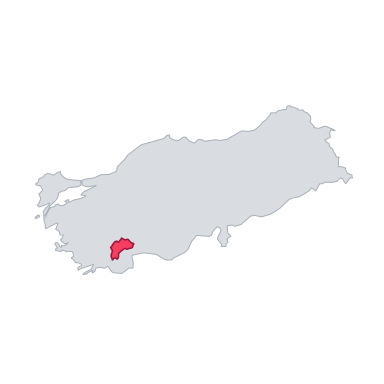 location of Burdur within Turkey, rotated 342°
{"feature_id": "TUR-2273", "entity_name": "Burdur", "entity_type": "Province", "adm_level": 1, "iso_a3": "TUR", "parent_name": "Turkey", "parent_adm1": "", "projection": "robinson", "projection_center": [30.062, 37.38], "detail": "fine", "context": "in_parent", "style": "filled", "palette": "rose", "viewbox_px": 384, "rotation_deg": 342, "n_neighbors": 0, "source": "natural_earth", "source_scale": "10m", "svg_char_len": 4555}
<svg xmlns="http://www.w3.org/2000/svg" viewBox="0 0 384 384"><g transform="rotate(342 192 192)"><path d="M291.3,141.1L296.5,142.7L298.0,141.5L302.7,141.7L306.9,142.6L309.0,139.8L311.9,140.1L312.5,141.6L313.9,142.1L318.4,145.6L318.0,146.1L319.1,147.4L322.8,148.2L323.3,150.0L326.3,152.7L328.1,156.9L327.4,159.7L325.9,161.6L328.5,167.8L327.9,168.6L332.5,170.7L338.1,170.3L340.0,171.2L345.7,176.2L347.2,178.1L343.3,175.7L341.3,177.8L340.4,182.7L334.5,183.5L335.6,186.7L337.3,188.2L336.9,191.2L337.4,192.4L339.1,194.4L339.0,197.1L339.9,199.9L340.1,203.3L342.6,204.4L341.5,206.0L339.1,212.9L339.3,213.4L341.2,213.6L345.6,216.8L344.9,217.9L345.6,222.3L349.4,225.2L348.9,226.7L349.1,228.2L346.4,227.5L341.3,231.4L340.7,231.3L339.9,230.0L339.5,226.0L338.2,225.0L336.5,224.8L333.7,226.5L331.0,226.5L328.3,226.1L321.2,223.7L318.7,224.5L316.0,223.6L310.9,228.4L309.4,228.8L308.5,226.4L306.6,225.1L304.3,226.9L295.4,229.2L291.3,229.6L286.2,228.8L282.1,229.1L270.9,234.5L260.1,237.4L250.3,237.1L244.8,233.8L240.6,233.0L228.3,238.1L222.2,237.9L220.0,235.8L215.3,235.0L214.4,237.0L213.5,241.8L215.2,246.3L212.6,246.6L210.9,247.6L210.6,250.9L208.2,252.2L207.4,254.3L207.0,254.3L203.0,252.6L204.1,251.0L201.5,244.8L202.7,242.9L207.6,237.8L207.4,234.9L205.2,232.8L198.9,236.5L198.3,237.9L196.9,239.1L194.5,239.5L183.0,234.7L176.4,238.9L170.7,245.1L166.5,247.3L153.8,249.1L151.6,250.3L147.2,249.0L144.6,247.3L138.7,240.3L127.5,235.0L115.8,233.7L114.8,235.1L114.4,240.5L112.6,245.6L111.6,246.1L109.0,244.8L100.0,247.8L92.3,244.5L91.0,243.0L89.2,237.1L88.1,236.7L86.9,237.5L85.6,237.5L80.1,234.9L77.1,234.8L75.3,237.3L72.4,238.3L72.3,237.6L73.4,236.0L68.8,236.3L66.4,237.5L63.0,236.8L63.2,236.1L66.0,235.3L72.2,234.4L76.1,230.4L61.3,230.6L59.9,231.5L59.7,229.4L60.6,228.5L64.4,227.7L64.2,226.0L61.9,224.2L59.3,223.2L58.1,219.0L56.8,217.9L57.0,217.3L59.4,216.5L60.0,213.4L59.6,211.5L54.9,209.8L53.8,210.0L52.7,208.3L50.6,207.1L49.0,208.1L44.2,205.5L45.1,203.7L46.3,203.7L46.5,202.2L45.6,199.8L45.7,198.6L46.8,198.2L48.0,198.5L49.1,199.9L49.2,202.7L50.5,204.3L51.4,202.7L53.6,203.6L57.5,202.7L58.3,202.0L55.4,202.1L54.4,201.4L52.1,196.9L54.5,195.6L56.2,193.3L53.0,191.9L53.7,188.8L50.9,185.2L54.7,180.8L54.5,180.1L53.3,179.8L41.6,181.7L41.5,179.7L42.4,178.0L42.4,173.7L42.9,171.3L45.1,170.6L47.8,167.2L52.1,163.2L56.6,163.3L58.4,162.2L61.0,162.1L61.8,163.7L64.1,164.8L68.2,164.6L70.2,163.6L68.3,161.6L70.6,161.0L72.5,161.4L71.5,163.6L72.0,163.8L77.3,163.1L82.9,163.7L89.0,163.4L89.8,162.7L85.5,160.5L88.2,158.6L89.8,158.3L102.7,156.5L102.7,156.1L94.9,155.1L90.8,152.5L89.7,151.2L90.5,147.8L91.4,146.9L94.2,146.8L103.9,148.3L110.8,147.4L118.3,149.6L125.5,149.2L127.0,148.2L128.8,145.0L138.9,139.6L142.4,136.9L158.2,131.4L181.8,132.4L185.9,130.3L188.3,131.0L187.7,132.4L187.8,133.7L190.7,136.9L195.0,138.8L200.8,137.2L203.0,137.8L205.2,142.9L208.9,145.9L210.6,146.1L212.8,144.3L214.9,144.1L218.4,145.9L219.7,147.7L231.1,149.7L233.5,151.3L241.2,152.8L258.0,149.2L264.2,151.7L269.5,152.4L271.7,152.1L278.4,149.2L280.5,147.5L284.7,146.1L289.9,142.9L291.3,141.1ZM73.2,132.1L72.7,134.4L73.7,136.9L76.0,140.3L78.4,142.1L89.9,146.8L88.3,151.1L85.4,151.8L75.6,149.7L71.5,151.5L68.7,151.0L64.6,151.8L63.5,154.5L60.6,157.5L52.7,161.3L45.4,168.7L43.3,169.6L44.3,167.1L44.2,164.9L47.4,162.3L51.9,160.3L53.0,158.7L41.9,159.0L40.8,156.7L42.0,156.3L45.7,152.2L46.1,150.6L45.8,146.6L50.2,144.3L50.6,143.4L49.9,139.4L45.8,137.1L45.9,136.0L48.9,134.9L50.6,132.2L54.9,131.7L57.0,130.3L60.8,129.7L65.4,133.1L71.0,131.8L73.2,132.1ZM39.5,168.4L35.8,169.0L34.6,168.4L35.8,167.2L38.7,166.4L39.6,167.6L39.5,168.4Z" fill="#d9dde1" stroke="#a8b0b8" stroke-width="1"/><path d="M98.0,222.1L97.9,222.1L97.7,221.4L97.7,220.6L97.5,220.0L97.5,219.5L99.7,218.4L99.8,218.0L100.0,217.5L100.5,217.3L100.8,217.2L101.4,216.8L102.6,215.8L103.9,215.4L105.4,215.5L105.6,216.2L106.0,216.8L106.6,217.0L107.2,216.7L109.0,215.4L109.5,215.2L109.9,214.9L110.7,214.1L111.5,214.7L112.3,215.7L112.9,216.3L113.6,216.8L114.8,217.0L115.8,217.0L116.8,217.6L117.4,219.2L117.8,220.2L118.8,221.6L119.0,222.0L119.3,222.4L119.5,222.3L120.0,222.4L120.3,222.8L120.6,223.4L119.4,224.4L119.1,225.2L118.1,226.3L117.5,226.5L116.2,226.5L114.7,226.3L112.4,226.4L112.1,226.2L111.0,225.1L110.0,224.9L107.6,225.9L106.6,226.1L103.6,227.6L102.7,228.8L102.4,230.3L101.8,231.4L101.3,231.9L100.9,232.4L100.5,232.6L100.0,232.7L98.6,230.8L96.6,231.1L95.8,232.1L95.2,231.8L95.5,230.7L95.1,229.6L95.2,228.6L95.5,227.5L95.9,226.6L97.6,224.2L98.3,222.8L98.4,222.6L98.3,222.4L98.2,222.2L98.0,222.1Z" fill="#f43f5e" stroke="#9f1239" stroke-width="1.5"/></g></svg>